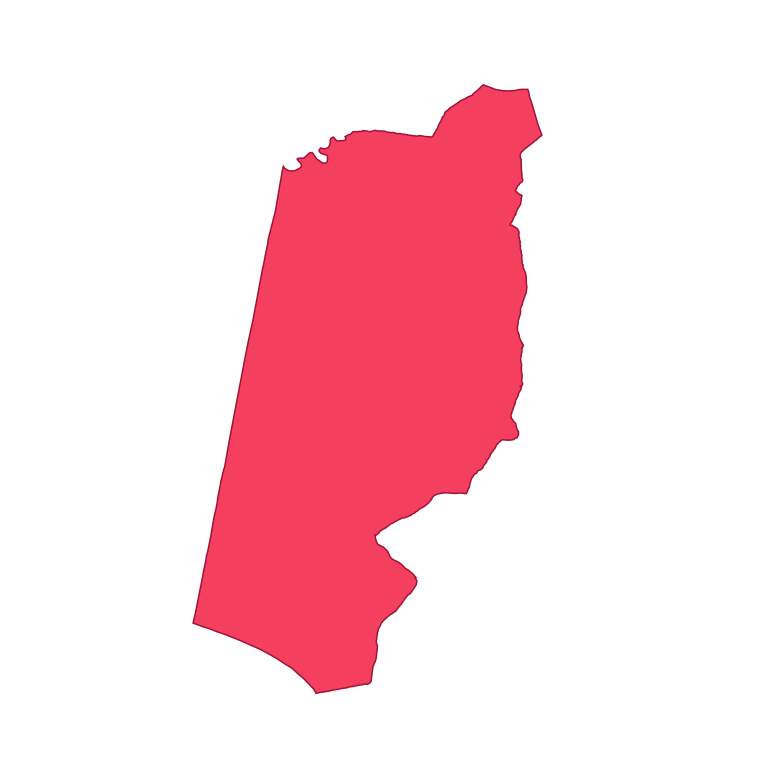 Nioro Du Rip, Kaolack, Senegal (Natural Earth projection), rotated 101°
{"feature_id": "50182788B29473400533502", "entity_name": "Nioro Du Rip", "entity_type": "district", "adm_level": 2, "iso_a3": "SEN", "parent_name": "Senegal", "parent_adm1": "Kaolack", "projection": "natural_earth1", "projection_center": [-15.905, 13.752], "detail": "fine", "context": "isolated", "style": "filled", "palette": "rose", "viewbox_px": 768, "rotation_deg": 101, "n_neighbors": 0, "source": "geoboundaries", "source_scale": "gbopen_adm2", "svg_char_len": 6146}
<svg xmlns="http://www.w3.org/2000/svg" viewBox="0 0 768 768"><g transform="rotate(101 384 384)"><path d="M476.1,282.5L474.3,281.7L471.6,281.4L469.2,280.5L467.3,280.5L466.0,280.8L463.7,280.4L460.6,280.2L454.7,277.6L453.9,276.2L453.3,275.8L452.5,275.9L450.7,274.7L450.2,273.3L447.9,271.2L445.1,270.6L441.5,268.6L440.7,268.4L438.8,268.2L437.5,267.2L435.5,266.7L434.2,266.1L433.6,266.3L432.1,266.0L431.9,265.6L431.3,265.3L426.8,263.4L425.7,262.7L422.2,261.8L418.8,259.6L416.3,257.3L416.0,256.5L415.7,252.9L414.8,248.6L414.1,246.9L413.5,245.8L411.9,244.7L411.6,243.3L408.1,242.2L406.7,242.7L405.5,242.6L404.5,243.6L402.4,245.2L397.3,247.4L396.3,249.4L394.5,250.9L393.2,252.5L390.4,253.5L387.8,253.0L386.5,253.1L385.3,252.7L381.2,252.3L379.0,251.7L374.5,251.5L369.7,250.1L368.6,250.2L367.0,250.0L363.9,248.8L361.6,248.4L360.2,249.8L360.0,248.5L357.4,247.8L356.2,248.7L354.6,249.4L352.5,249.8L351.5,249.6L348.2,250.3L345.6,251.5L343.5,251.7L343.1,252.1L338.5,252.6L336.5,253.8L335.4,254.0L334.3,254.5L331.6,254.9L330.2,254.5L328.8,255.0L326.9,254.7L326.0,254.9L324.6,255.0L322.1,255.6L322.1,255.1L319.6,254.5L318.7,255.0L315.2,258.2L314.0,258.8L312.5,260.1L310.5,260.4L307.2,262.5L306.4,263.1L301.8,264.0L299.7,263.9L298.0,264.0L296.3,264.4L294.6,264.0L293.1,264.0L288.6,263.5L285.0,264.1L283.4,264.6L282.1,264.0L279.9,263.3L278.2,263.6L271.3,262.5L269.9,262.5L268.1,261.8L263.2,262.2L262.3,262.0L257.3,263.7L252.2,264.7L247.6,266.5L246.1,267.7L242.0,270.2L240.8,270.0L240.1,271.0L239.1,271.5L238.1,271.4L237.7,271.8L236.5,271.9L235.7,272.4L234.4,272.8L230.6,273.3L229.4,274.3L227.4,274.6L225.0,276.1L221.9,276.5L221.0,277.0L219.6,277.4L218.8,277.2L216.8,278.3L213.5,279.5L212.1,280.4L211.4,280.0L208.8,280.5L206.0,282.7L205.4,284.7L204.8,285.6L204.9,286.7L204.1,287.6L203.7,288.7L204.0,290.2L202.5,290.5L200.4,289.3L194.1,288.0L192.5,286.9L191.7,287.3L189.9,286.8L188.2,286.7L181.4,284.2L179.9,284.4L178.4,284.3L175.4,284.7L174.0,284.5L173.3,284.8L172.7,284.6L172.1,286.1L172.0,287.7L170.3,289.9L170.1,291.4L169.1,291.8L167.2,291.2L164.9,290.9L163.6,290.3L162.8,289.5L161.1,289.0L159.4,287.1L157.8,286.7L156.1,287.2L155.0,288.0L153.4,288.2L151.7,288.9L150.3,288.9L149.5,289.5L147.9,289.9L138.4,292.1L137.7,292.0L136.7,292.9L136.0,293.0L134.3,293.9L132.7,294.0L131.6,293.9L130.3,293.3L126.3,290.6L118.3,283.6L116.3,282.1L115.5,281.1L112.0,278.6L111.2,277.9L111.1,277.4L109.8,276.8L109.5,276.5L100.1,282.3L88.9,288.0L79.3,293.0L73.5,296.4L69.7,297.7L67.3,299.1L68.8,306.4L70.0,309.5L71.1,311.7L71.5,313.8L72.3,316.3L73.4,323.0L73.6,329.6L73.4,331.8L71.4,343.7L78.8,349.0L81.2,351.1L82.5,352.0L83.5,352.2L86.0,356.1L88.4,358.7L90.5,361.8L92.4,364.0L93.2,364.5L96.2,367.6L96.9,368.1L100.7,372.2L103.9,374.2L104.0,374.8L104.9,375.4L105.9,376.0L108.7,376.2L111.2,377.8L112.4,377.5L113.4,378.1L114.8,378.3L118.3,379.5L120.7,380.1L121.2,380.0L123.5,380.4L124.2,381.2L126.2,381.4L127.7,382.2L128.8,382.2L129.2,382.9L129.9,382.8L131.1,383.2L131.8,383.6L132.7,384.5L132.7,385.1L132.5,386.2L133.1,389.5L133.2,390.9L133.3,396.6L134.2,398.2L134.7,402.4L134.8,406.1L135.1,407.2L134.7,409.1L135.1,409.5L135.2,410.3L134.9,411.3L135.3,413.8L135.0,416.0L135.4,417.3L135.7,419.5L135.7,420.6L135.3,422.5L135.5,423.7L135.9,424.3L135.9,427.5L136.3,428.4L136.1,429.7L135.7,430.8L136.1,435.4L136.5,436.2L136.6,437.6L136.7,440.9L137.0,442.2L137.7,443.1L138.8,445.3L139.1,447.0L138.9,448.4L139.2,453.1L140.2,453.8L140.9,456.9L141.6,458.5L141.6,459.7L141.9,461.4L142.5,462.8L143.7,463.6L144.6,463.8L146.7,467.2L147.6,468.3L148.3,468.7L148.5,469.4L150.8,468.2L151.7,468.4L152.6,469.7L154.3,476.0L154.0,477.3L152.0,479.6L151.3,480.8L152.2,482.2L153.1,483.0L155.0,483.4L156.6,482.9L159.7,482.9L161.0,483.1L162.8,484.2L163.5,485.4L164.6,486.8L164.4,488.1L164.6,489.8L164.4,491.2L165.9,492.0L167.4,492.4L168.9,491.0L169.5,489.9L169.7,489.0L170.2,485.9L170.1,484.7L170.5,483.5L171.7,482.8L175.2,482.3L176.3,482.3L177.4,482.5L178.3,483.5L178.6,485.5L178.6,486.9L176.9,490.8L176.3,492.0L176.0,492.8L175.1,494.1L172.8,496.2L170.5,498.6L170.8,499.9L171.4,501.2L177.3,505.6L178.1,507.4L178.2,509.2L179.0,511.6L179.7,512.2L181.6,510.5L182.8,508.3L184.2,507.2L185.6,506.7L186.7,506.7L188.2,507.9L190.6,510.8L191.5,512.1L192.0,513.5L192.1,514.5L192.8,516.6L192.7,519.0L191.1,523.1L190.2,523.5L189.5,524.3L194.6,524.5L235.4,523.6L264.3,525.3L268.9,524.9L277.9,525.1L288.3,525.0L293.7,525.2L346.4,524.8L366.2,525.3L380.5,525.4L467.4,525.1L495.2,524.6L501.9,525.2L507.4,525.3L509.5,525.6L516.6,525.4L526.4,525.5L532.6,525.1L538.9,525.1L545.6,525.4L550.2,525.4L566.4,525.0L582.2,525.1L586.6,525.5L590.0,525.2L601.0,525.4L609.1,525.3L644.4,525.4L655.1,525.8L656.9,514.8L657.4,509.7L659.1,500.4L660.4,490.9L662.8,478.4L668.3,454.0L673.9,437.0L677.7,427.8L680.5,420.3L685.2,412.5L688.6,406.5L696.5,395.3L700.1,392.0L700.7,391.8L698.5,386.9L698.2,385.0L697.4,383.9L696.7,381.3L694.2,375.6L692.5,371.0L691.5,368.8L689.2,362.2L688.2,360.9L687.2,357.7L683.9,349.9L683.4,347.9L682.3,346.0L681.9,343.0L681.2,341.8L679.8,340.5L678.2,339.9L671.8,340.4L669.6,340.7L667.6,340.6L664.6,340.9L662.2,340.7L657.4,339.5L654.2,339.4L642.2,340.4L639.4,342.2L637.3,342.6L635.3,342.6L633.3,342.8L628.8,342.9L624.7,342.5L621.1,341.3L619.2,341.1L616.7,339.6L615.0,338.5L613.8,337.4L612.3,336.5L609.4,334.1L608.0,332.4L604.9,329.3L599.5,326.6L596.9,325.1L593.7,323.8L586.7,320.4L584.5,318.1L577.9,315.2L574.5,314.0L570.9,314.1L569.1,315.7L568.5,316.5L567.6,315.7L567.1,316.7L565.1,319.1L561.8,325.2L561.1,327.4L558.4,331.4L557.1,333.5L556.2,335.7L554.3,342.6L553.0,344.4L552.2,345.2L547.4,348.7L544.3,353.4L543.7,355.9L542.4,359.6L541.0,360.8L538.2,362.4L536.2,363.3L533.6,363.9L533.8,362.7L530.8,360.5L529.0,359.7L528.2,358.6L527.4,358.0L524.5,354.4L522.4,352.8L522.2,352.3L520.2,350.9L518.4,348.3L516.9,346.9L512.3,340.8L511.5,339.2L511.5,338.2L510.6,337.2L510.1,335.9L508.5,333.8L507.9,332.7L506.5,331.7L504.6,329.2L503.6,328.6L502.7,327.3L500.4,325.7L499.5,324.7L498.6,324.1L498.4,323.2L497.1,321.7L492.5,317.7L488.2,315.3L485.9,314.8L483.9,313.5L481.7,310.2L479.3,304.0L478.4,298.3L478.3,296.1L477.8,293.3L477.1,290.1L476.5,289.3L476.2,286.0L476.1,282.5Z" fill="#f43f5e" stroke="#9f1239" stroke-width="1.5"/></g></svg>